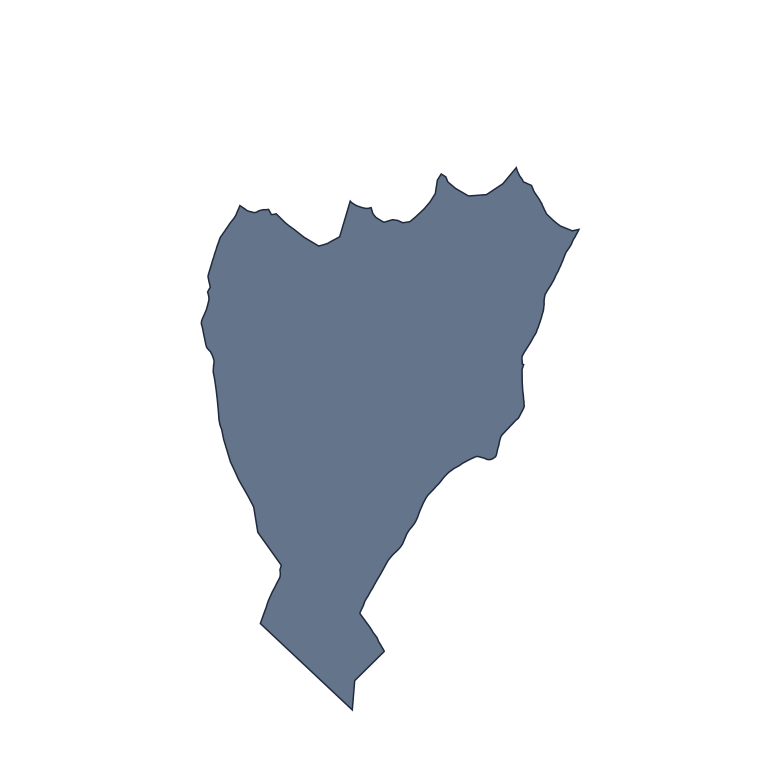 Grande Riviere/Degazon, Gros Islet, Saint Lucia, rotated 50°
{"feature_id": "8701671B86513395077945", "entity_name": "Grande Riviere/Degazon", "entity_type": "district", "adm_level": 2, "iso_a3": "LCA", "parent_name": "Saint Lucia", "parent_adm1": "Gros Islet", "projection": "robinson", "projection_center": [-60.951, 14.028], "detail": "fine", "context": "isolated", "style": "filled", "palette": "slate", "viewbox_px": 768, "rotation_deg": 50, "n_neighbors": 0, "source": "geoboundaries", "source_scale": "gbopen_adm2", "svg_char_len": 4742}
<svg xmlns="http://www.w3.org/2000/svg" viewBox="0 0 768 768"><g transform="rotate(50 384 384)"><path d="M222.2,292.3L242.7,323.3L242.3,325.3L241.7,328.5L241.1,331.1L240.6,333.7L240.2,336.3L239.3,338.8L238.0,341.9L237.0,343.9L236.5,345.3L220.3,350.9L218.1,351.4L208.7,353.3L201.1,355.2L196.8,356.0L184.3,357.2L183.0,359.8L181.7,361.4L179.1,360.8L176.0,360.2L174.7,362.3L172.9,364.4L171.6,366.9L170.8,368.9L170.3,371.6L169.0,373.6L167.2,374.7L165.0,376.4L162.7,377.6L160.5,378.0L158.2,378.7L154.7,379.7L156.1,382.3L157.2,384.6L158.3,386.8L159.5,389.0L160.6,392.4L161.0,394.3L161.5,396.9L162.0,399.1L163.1,402.8L163.7,405.1L164.5,407.7L165.0,409.8L165.7,412.2L166.3,414.8L167.3,416.8L168.7,419.0L171.7,424.2L173.0,426.0L174.1,427.9L175.8,430.7L177.3,432.7L178.4,434.7L181.5,439.4L187.2,448.1L188.5,449.7L190.4,450.8L192.5,452.0L195.8,453.6L197.3,454.4L198.3,455.0L198.8,456.6L199.6,458.6L200.2,460.1L202.0,460.8L204.8,462.3L206.9,463.9L208.7,466.3L211.2,469.8L213.1,472.7L214.4,475.3L215.5,477.5L217.0,480.7L218.6,483.4L220.5,485.3L222.7,486.2L225.8,487.8L228.8,489.5L233.5,492.0L236.2,493.5L238.7,494.8L241.1,496.0L242.8,496.4L244.5,496.4L248.0,496.2L249.8,496.7L251.6,497.1L253.9,497.9L256.7,499.1L258.6,500.7L260.0,502.4L261.6,503.9L263.8,506.1L265.6,507.5L267.8,508.6L272.7,511.4L281.0,516.6L289.0,521.9L297.3,527.6L305.2,533.3L309.6,535.8L314.7,537.7L323.3,542.4L340.1,549.6L345.0,551.7L354.2,554.1L363.3,556.7L368.3,557.7L377.5,559.3L382.3,560.2L392.0,562.3L394.4,562.9L396.2,563.9L416.5,576.0L456.8,579.2L457.8,580.6L459.4,583.1L462.2,585.0L463.5,586.1L465.1,587.9L466.6,591.4L467.9,594.7L469.4,598.0L471.4,603.1L472.9,606.2L475.4,611.4L477.9,615.6L479.4,617.8L481.5,621.6L488.0,632.7L613.3,617.8L592.4,597.1L589.0,555.7L588.1,555.4L586.8,555.1L583.9,554.7L581.6,554.2L578.3,553.8L573.9,552.4L570.4,552.2L567.5,552.1L565.0,551.6L561.7,551.2L558.1,550.9L553.1,550.6L545.7,550.1L543.9,549.8L540.5,542.3L538.2,538.4L537.2,535.9L536.2,532.6L535.3,530.3L534.0,527.0L532.9,523.4L531.8,521.0L530.2,516.6L528.9,513.1L528.3,511.2L527.6,509.3L525.9,504.8L524.6,501.5L523.2,498.0L521.8,494.2L521.3,491.8L520.7,488.6L520.3,485.2L520.2,482.1L519.9,478.7L519.5,476.1L518.5,472.7L517.2,470.1L515.8,467.4L514.6,465.0L513.5,462.9L512.1,458.7L511.2,453.6L510.6,451.0L509.9,448.8L508.8,446.3L507.7,444.0L506.2,441.5L504.6,438.7L503.2,436.0L501.9,433.3L500.3,430.1L499.2,427.3L498.3,425.1L497.5,422.3L497.2,420.0L497.0,418.1L496.7,415.1L496.4,412.6L495.9,409.6L495.7,406.8L495.4,404.8L494.9,402.3L494.2,399.3L493.7,395.9L493.4,393.0L493.3,391.0L493.4,389.4L493.6,387.0L493.7,384.4L494.1,382.8L494.7,380.1L495.0,377.7L495.2,374.9L495.7,372.7L496.3,369.7L496.9,367.0L497.7,364.0L498.5,361.0L499.1,359.5L500.9,357.9L503.0,356.5L505.1,355.0L507.8,353.7L509.4,352.3L510.6,350.5L511.2,348.3L511.4,345.4L511.0,344.3L510.0,342.7L508.1,340.3L506.8,338.6L506.1,337.6L504.9,335.6L502.2,332.4L500.5,329.9L499.6,328.6L499.0,326.8L498.6,324.2L498.4,322.1L498.0,319.6L497.9,317.3L497.4,314.1L497.2,311.7L496.8,308.5L496.5,306.6L496.6,303.1L495.7,300.7L494.6,298.2L493.7,296.0L492.7,293.5L491.8,291.7L490.8,290.5L489.2,289.6L487.7,288.2L485.6,287.0L483.6,285.5L481.6,284.1L479.5,282.8L477.7,281.6L475.7,280.1L473.3,278.3L471.4,276.9L461.6,268.9L458.9,264.5L457.3,265.2L455.7,263.6L454.0,262.6L452.0,261.0L451.1,259.3L449.9,256.2L449.2,253.9L448.4,251.4L447.8,249.5L446.7,246.1L445.9,243.8L444.9,241.3L444.0,239.1L443.0,235.8L442.3,234.1L440.7,231.6L440.0,230.0L438.1,226.9L436.8,224.7L435.5,222.6L434.7,221.3L432.7,218.5L431.2,216.2L429.9,214.3L428.2,212.6L425.8,210.0L424.1,208.7L422.5,207.2L420.6,205.1L419.0,203.0L417.9,200.1L417.5,199.0L416.7,196.5L415.9,193.8L415.2,191.7L414.5,190.0L413.6,187.4L412.7,185.4L411.8,183.6L411.0,181.9L409.6,178.3L408.3,175.7L406.9,172.6L405.4,169.8L404.4,167.7L402.4,164.2L400.9,161.4L400.1,159.8L399.2,156.4L398.4,153.5L397.3,150.5L396.0,148.1L395.0,145.9L394.1,142.9L393.3,141.2L392.3,138.5L390.9,135.3L387.7,141.3L376.4,147.3L373.1,148.1L370.6,148.6L367.7,149.1L358.3,150.2L356.0,149.6L354.0,149.2L351.7,148.5L348.8,147.8L347.4,147.2L344.3,146.8L342.7,146.4L339.7,146.1L336.8,145.8L334.7,145.6L332.7,145.3L329.8,144.3L327.7,143.7L326.6,143.4L323.7,144.9L320.6,146.3L318.9,147.3L316.2,146.6L311.7,146.3L306.9,145.1L303.3,143.6L307.0,164.2L304.8,183.8L294.3,198.4L280.1,203.5L270.3,205.2L265.1,203.5L259.9,205.2L262.1,212.0L268.1,218.9L271.1,222.3L274.1,231.7L275.6,240.3L276.3,252.2L276.3,259.9L272.6,265.9L267.3,268.5L263.6,271.9L260.1,280.0L258.0,280.9L256.2,281.5L252.9,282.6L251.1,283.1L248.5,283.1L245.9,282.9L244.5,282.2L240.6,280.5L239.4,283.0L238.4,284.4L237.0,285.7L235.6,286.8L234.1,287.8L232.6,288.7L230.4,290.1L227.6,291.2L226.4,291.6L224.1,292.2L222.2,292.3Z" fill="#64748b" stroke="#1e293b" stroke-width="1.5"/></g></svg>